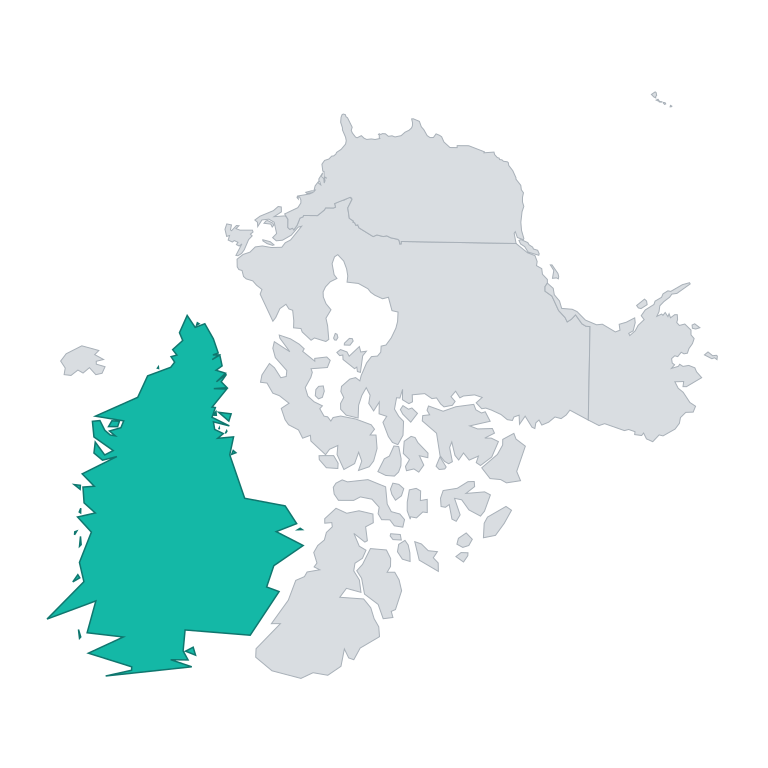 Greenland shown with its bordering countries, rotated 181°
{"feature_id": "GRL", "entity_name": "Greenland", "entity_type": "country or territory", "adm_level": 0, "iso_a3": "GRL", "parent_name": "North America", "parent_adm1": "", "projection": "mercator", "projection_center": [-41.68, 71.708], "detail": "medium", "context": "with_neighbors", "style": "filled", "palette": "teal", "viewbox_px": 768, "rotation_deg": 181, "n_neighbors": 3, "source": "natural_earth", "source_scale": "50m", "svg_char_len": 14175}
<svg xmlns="http://www.w3.org/2000/svg" viewBox="0 0 768 768"><g transform="rotate(181 384 384)"><path d="M254.4,526.8L242.8,517.7L235.3,515.0L233.0,509.1L233.6,505.0L228.3,502.1L227.5,496.5L222.5,491.4L222.4,487.7L224.7,484.2L224.6,479.6L217.6,474.8L210.7,460.5L204.1,453.6L201.9,449.3L197.8,452.0L193.7,456.5L187.1,447.6L183.1,445.3L179.0,445.0L179.1,351.5L197.7,361.1L201.3,356.2L206.3,352.5L212.5,354.0L218.7,348.7L225.5,345.7L228.4,350.7L231.5,347.9L232.4,342.1L235.3,343.4L242.3,354.3L247.8,346.1L248.4,355.2L253.5,353.3L255.0,349.8L260.1,350.5L266.4,355.5L276.1,359.8L281.8,361.7L285.9,361.0L291.5,366.8L285.6,372.3L293.2,374.7L304.4,373.4L307.9,371.5L312.3,378.0L316.8,372.5L312.6,367.8L315.3,363.9L323.6,362.2L327.0,365.0L331.2,371.0L335.8,370.2L343.1,375.1L355.6,373.7L355.2,366.7L358.8,364.8L365.3,368.6L365.3,379.0L367.9,370.2L371.2,370.5L373.1,359.1L368.7,351.9L363.8,347.0L364.1,333.1L369.1,323.6L374.5,325.7L378.7,331.5L384.4,345.7L380.7,351.7L388.4,354.1L388.4,365.9L393.9,356.9L398.9,364.3L397.7,372.6L401.7,380.0L406.0,372.1L409.0,362.4L409.3,349.5L421.3,352.2L426.9,358.0L427.1,363.8L424.0,369.8L427.0,375.7L426.4,380.9L418.3,388.3L412.5,389.9L408.2,386.7L407.0,391.9L401.8,404.7L397.0,411.2L391.0,411.8L387.8,415.8L387.5,421.8L382.7,423.0L377.6,430.2L373.1,440.0L371.5,446.7L371.2,456.2L377.3,457.5L381.1,470.8L386.9,469.2L394.7,472.6L398.8,475.4L401.8,479.0L411.4,484.1L422.7,485.2L422.1,491.4L423.4,498.5L426.4,506.2L432.5,512.5L435.7,510.3L438.0,503.4L435.8,492.4L432.9,488.7L439.5,485.3L444.2,480.1L446.5,475.0L446.2,469.9L443.4,463.3L438.3,457.3L443.2,448.8L441.4,441.2L440.0,427.6L442.9,425.5L454.3,428.8L457.7,426.5L466.7,434.6L468.0,438.0L475.4,438.6L475.3,445.7L476.6,456.1L480.4,457.4L483.4,462.0L489.4,457.6L493.4,448.6L496.2,444.8L509.4,471.7L507.7,476.4L513.2,480.6L517.0,484.8L523.6,486.7L526.3,489.0L527.9,495.0L531.1,495.9L532.8,498.5L533.1,506.2L527.1,511.1L520.3,513.5L515.1,518.8L508.0,519.9L499.2,518.5L488.6,518.9L485.2,523.5L479.9,526.4L469.1,540.3L472.6,539.3L479.3,531.2L488.0,526.0L494.2,525.3L497.9,528.4L494.0,532.6L496.6,543.8L502.0,546.8L508.9,545.9L513.0,539.2L513.3,543.5L516.0,545.7L510.9,549.6L497.6,555.4L492.9,559.6L489.8,559.2L489.6,554.3L496.8,549.4L485.6,550.4L482.9,547.0L482.9,538.8L481.0,537.0L478.2,538.1L476.8,536.5L473.7,541.1L470.9,548.4L467.9,549.7L467.4,551.1L453.5,551.2L446.7,556.9L445.4,559.1L437.5,559.1L435.6,560.0L436.6,563.5L431.2,566.3L426.9,567.2L422.1,570.1L419.1,568.5L423.3,559.4L421.6,549.1L417.3,546.3L417.8,545.3L416.0,544.5L415.0,542.2L413.1,542.6L413.3,542.0L412.3,541.4L411.9,539.8L397.4,531.2L393.7,532.9L387.2,531.4L383.9,532.2L379.8,530.3L372.7,528.9L371.4,527.8L370.7,524.3L369.3,524.4L369.3,526.8L254.4,526.8ZM415.6,426.4L418.7,422.2L424.4,422.3L424.3,424.1L419.4,429.0L416.5,428.8L415.6,426.4ZM433.1,311.5L428.5,304.0L428.7,298.7L440.2,299.3L447.4,307.3L447.7,311.2L433.1,311.5ZM430.9,429.7L432.5,427.0L434.2,427.2L435.2,429.0L433.6,433.7L431.8,432.9L430.9,429.7ZM375.7,278.9L373.4,285.0L367.4,283.9L362.4,279.7L364.6,272.5L370.5,268.0L374.2,273.8L375.7,278.9ZM374.7,234.4L365.1,233.8L364.0,228.3L372.3,228.6L375.2,232.2L374.7,234.4ZM362.6,209.2L367.6,216.5L366.5,223.9L360.3,228.0L357.0,223.4L355.2,215.7L354.8,207.0L362.6,209.2ZM398.4,288.1L380.6,281.2L378.7,264.0L374.5,256.5L365.9,254.3L361.1,248.8L362.7,241.2L371.2,242.4L375.8,248.3L384.0,248.3L387.6,254.2L386.7,260.7L394.0,268.6L405.7,270.7L412.3,267.1L427.5,266.9L431.9,273.1L432.9,279.8L430.3,284.0L424.1,287.4L418.8,285.5L398.4,288.1ZM302.4,222.0L308.3,225.1L306.9,231.0L299.2,236.5L293.0,230.3L296.4,224.0L302.4,222.0ZM301.4,207.4L309.1,212.7L304.0,216.8L297.1,216.7L297.2,213.8L301.4,207.4ZM534.3,510.0L528.5,521.6L531.2,519.4L534.0,520.8L532.5,523.1L536.2,524.8L538.1,523.3L542.3,525.2L541.0,529.8L543.9,528.8L545.7,535.9L544.0,541.3L539.3,540.4L540.2,535.4L539.1,534.6L534.3,539.9L531.8,539.7L534.7,536.8L530.7,535.3L518.2,535.5L517.6,533.7L520.2,531.5L518.4,529.8L521.9,526.0L526.1,515.7L528.7,512.0L532.3,509.7L534.3,510.0ZM413.7,398.8L425.4,407.8L425.7,412.3L428.8,411.6L431.7,414.7L428.1,417.7L421.6,415.4L419.3,411.2L409.3,421.0L407.8,415.6L402.2,416.5L405.8,411.8L407.8,395.2L410.8,396.0L411.5,400.4L413.7,398.8ZM437.3,317.8L441.2,312.3L456.1,325.7L456.7,331.4L464.4,328.4L468.7,336.6L478.7,341.6L482.3,346.6L486.3,357.8L478.6,363.1L488.4,370.5L495.0,372.9L501.0,382.9L507.5,383.6L506.2,390.9L498.9,402.5L493.8,398.3L487.3,388.5L481.9,389.8L481.4,395.7L493.1,408.5L495.8,417.8L494.4,424.4L478.7,414.6L488.9,428.0L489.6,431.1L478.3,427.5L469.4,422.3L464.4,417.8L465.9,415.2L453.6,405.6L453.7,408.4L441.7,410.0L438.2,406.7L440.9,399.5L457.2,398.0L455.9,394.4L457.3,389.3L462.7,379.1L459.9,370.5L453.6,365.0L445.2,361.1L447.8,358.2L443.4,350.8L439.8,350.2L436.5,346.0L434.3,349.6L426.8,351.2L411.7,348.5L396.1,343.0L392.7,338.6L397.0,332.8L391.1,332.8L389.8,319.4L393.0,306.9L397.3,301.0L408.0,297.1L404.9,306.5L408.2,315.3L412.0,303.9L422.6,297.8L429.7,312.7L429.1,321.7L437.3,317.8ZM372.0,292.1L380.6,292.6L388.6,296.3L382.4,309.2L377.4,312.0L373.0,322.2L368.2,321.7L365.6,309.6L365.7,302.5L367.9,296.2L372.0,292.1ZM254.3,260.0L261.4,246.7L269.9,234.6L281.9,232.0L281.4,246.5L278.2,252.7L259.9,263.7L254.3,260.0ZM213.4,493.1L217.4,492.6L216.2,500.5L219.8,506.0L218.1,506.0L212.0,497.5L211.2,494.5L211.5,492.2L213.4,493.1ZM326.4,197.6L345.7,208.5L350.5,226.9L343.8,224.7L336.9,218.1L327.7,217.3L331.7,211.1L326.7,206.0L326.4,197.6ZM251.6,529.9L249.5,530.8L242.7,527.9L241.4,525.7L237.7,523.4L237.0,521.6L232.7,520.4L231.1,516.9L231.5,515.4L242.3,518.5L245.7,523.8L249.9,526.4L251.6,529.9ZM259.8,287.3L265.7,290.5L276.3,291.3L284.8,301.9L269.4,315.5L264.3,325.0L264.3,330.7L253.3,336.9L251.1,331.3L241.6,324.3L249.8,298.9L245.8,289.7L259.8,287.3ZM316.7,264.6L320.4,261.8L324.8,262.5L325.5,270.8L323.0,278.5L308.9,281.0L298.4,287.8L292.1,288.1L291.6,283.0L300.2,276.0L281.5,277.9L275.7,275.0L281.3,258.6L285.2,253.6L296.9,259.6L304.3,269.6L311.5,270.9L305.6,254.5L309.4,248.0L313.7,250.1L316.7,264.6ZM322.1,307.7L326.7,313.3L330.6,335.7L345.1,347.8L344.7,353.1L337.8,354.0L340.5,358.5L339.1,362.8L324.4,357.8L311.8,362.5L293.9,365.2L291.7,359.8L286.0,356.7L282.3,358.0L277.2,348.6L297.6,343.6L289.6,340.7L274.9,341.4L272.7,336.8L282.3,331.7L275.9,331.8L268.6,328.4L275.0,312.9L286.1,304.2L290.4,307.0L288.3,313.6L297.5,309.4L303.3,316.4L308.0,309.3L311.8,313.9L315.2,327.2L317.3,321.7L314.3,307.5L318.0,305.4L322.1,307.7ZM347.4,312.9L342.8,303.6L347.7,296.5L352.6,299.6L360.0,297.7L361.1,302.0L357.2,308.9L363.5,314.9L362.8,327.1L356.0,332.1L352.0,331.0L349.1,326.0L338.8,315.6L338.9,311.1L347.4,312.9ZM321.8,300.1L327.3,299.5L330.5,302.7L326.8,312.1L320.4,302.1L321.8,300.1ZM355.4,249.3L358.6,257.6L358.7,266.4L356.8,278.6L350.0,280.2L345.5,277.7L345.6,268.1L338.8,269.4L338.5,256.2L343.0,256.7L349.2,250.7L355.1,251.7L355.4,249.3ZM362.8,177.6L368.6,158.7L372.8,156.8L371.0,150.7L380.7,149.3L386.0,163.5L399.8,173.6L403.0,189.4L408.0,196.8L402.3,203.3L394.7,219.2L378.7,218.1L374.3,209.6L374.3,201.7L377.6,195.8L370.0,196.0L365.5,188.4L362.8,177.6ZM384.1,131.3L403.2,119.6L409.4,107.8L414.5,109.5L419.0,118.4L422.1,101.0L435.1,91.8L449.9,94.1L461.9,88.2L491.0,95.3L507.5,108.6L507.3,117.1L483.4,142.6L492.4,142.4L475.9,166.2L468.8,186.1L460.2,190.0L457.6,194.7L445.0,197.1L450.7,199.9L447.9,203.8L451.3,214.3L447.4,221.4L440.9,227.0L439.0,234.6L433.2,240.3L433.8,244.5L440.8,243.8L440.9,248.3L429.8,258.9L419.0,254.1L406.8,256.8L392.8,253.8L392.3,245.1L399.9,240.9L397.9,227.0L400.4,225.6L411.5,234.1L405.9,221.4L399.1,217.5L402.5,209.4L409.9,204.3L411.0,196.6L405.2,187.6L403.4,175.3L418.0,179.0L424.5,170.0L400.6,168.7L393.3,160.0L389.8,149.2L385.0,141.1L384.1,131.3ZM452.0,377.3L449.3,380.5L444.7,381.0L443.6,375.8L445.4,369.6L449.2,368.0L452.5,371.1L452.0,377.3ZM364.7,354.2L367.2,358.7L364.7,362.7L359.1,359.2L355.7,360.5L350.0,355.2L356.6,346.3L364.7,354.2ZM496.4,521.2L497.9,520.7L503.3,522.3L507.6,525.0L507.7,526.1L500.3,524.3L496.4,521.2ZM498.5,539.0L500.0,541.9L506.8,542.6L504.8,545.0L503.3,545.4L498.0,542.9L497.0,540.9L498.5,539.0Z" fill="#d9dde1" stroke="#a8b0b8" stroke-width="1"/><path d="M254.4,526.8L369.3,526.8L369.3,524.4L370.7,524.3L371.4,527.8L372.7,528.9L379.8,530.3L383.9,532.2L387.2,531.4L393.7,532.9L397.4,531.2L411.9,539.8L412.3,541.4L413.3,542.0L413.1,542.6L415.0,542.2L416.0,544.5L417.8,545.3L417.3,546.3L421.6,549.1L423.3,559.4L419.2,567.9L419.6,569.3L421.0,570.1L436.6,563.5L435.6,560.0L437.5,559.1L445.4,559.1L446.7,556.9L453.5,551.2L467.4,551.1L467.9,549.7L470.9,548.4L473.7,541.1L476.8,536.5L478.2,538.1L481.0,537.0L482.9,538.8L482.9,547.0L486.3,552.3L473.2,558.8L470.3,563.5L470.3,566.5L471.6,569.4L473.4,569.6L472.9,567.5L474.2,568.8L473.8,570.4L461.7,572.7L458.3,574.3L464.4,573.2L465.6,574.3L459.8,575.9L457.2,575.9L457.3,575.2L456.0,576.8L457.2,577.0L456.3,580.9L453.3,585.0L453.0,583.7L450.7,582.0L451.6,584.9L452.6,585.9L452.7,587.9L449.0,594.1L449.9,590.3L447.8,588.3L447.3,583.9L446.5,586.2L447.4,589.6L444.7,588.7L447.5,590.4L447.7,595.4L448.9,595.8L449.9,602.7L447.3,606.5L443.0,608.0L440.3,610.9L438.2,611.2L436.1,613.1L435.5,614.7L430.9,617.9L426.6,623.2L426.0,626.6L426.7,630.0L430.0,637.4L430.0,639.4L431.9,644.9L431.6,649.8L430.6,652.6L429.4,653.2L427.3,652.6L426.7,650.6L425.1,649.5L420.3,640.2L421.2,637.0L420.0,634.4L416.8,630.4L415.2,629.7L411.0,631.9L408.2,629.4L405.6,628.2L400.9,628.8L397.2,628.3L392.4,629.4L393.1,630.6L393.0,632.6L393.9,633.5L393.1,634.1L391.6,633.4L390.0,634.3L387.0,634.2L383.9,631.7L380.3,632.3L377.3,631.2L371.2,632.6L367.4,636.1L363.3,638.2L361.0,640.4L360.1,642.5L360.0,645.7L361.0,649.5L359.4,649.7L353.2,647.2L351.2,641.8L348.7,639.1L345.2,633.1L342.3,631.2L338.9,631.3L336.3,635.0L332.8,633.6L330.7,632.2L328.3,627.0L322.2,621.6L315.0,621.6L315.0,623.6L303.4,623.7L287.7,617.9L288.1,616.9L278.1,617.8L277.4,615.3L274.7,612.4L272.8,611.8L272.3,610.4L270.0,610.2L268.5,608.8L264.6,608.3L263.6,607.5L263.1,604.7L259.0,599.6L255.6,592.4L255.7,591.2L250.7,585.0L250.1,580.6L247.9,577.6L248.8,573.1L248.7,568.3L247.3,564.0L249.0,558.7L250.0,548.1L249.2,540.0L246.7,531.9L247.2,530.7L253.2,532.8L255.4,538.6L256.5,537.0L254.4,526.8ZM179.1,351.5L179.0,445.0L183.1,445.3L187.1,447.6L193.7,456.5L197.8,452.0L201.9,449.3L204.1,453.6L210.7,460.5L217.6,474.8L224.6,479.6L224.7,484.2L222.4,487.7L216.5,482.6L215.3,476.2L210.0,470.1L207.7,462.7L197.1,462.0L192.3,459.8L183.7,451.4L172.5,446.9L166.7,447.6L153.6,440.1L149.0,441.9L149.9,447.8L142.8,450.0L134.5,454.5L133.9,449.7L135.8,441.5L140.2,438.9L139.1,436.7L133.8,441.5L130.9,447.1L125.0,452.9L128.0,456.8L124.1,462.6L115.5,468.2L114.4,471.6L108.0,475.5L106.6,479.0L101.8,482.1L98.9,481.6L87.4,488.5L80.3,490.6L79.6,489.4L92.7,479.7L97.8,478.9L99.9,475.8L105.6,471.3L109.6,467.0L110.3,461.1L112.4,456.4L107.6,458.8L106.3,457.5L104.1,460.4L101.3,456.3L100.2,459.2L98.7,455.2L94.5,458.4L92.0,458.4L91.6,453.6L92.4,450.6L89.7,447.7L84.3,449.2L78.0,443.3L77.9,438.5L74.7,434.8L76.3,429.8L79.7,424.8L81.2,420.1L84.6,419.4L87.4,420.9L90.8,416.5L93.8,417.3L96.9,414.4L96.2,410.0L93.8,408.3L96.9,404.6L90.0,406.8L88.7,408.9L85.4,406.8L79.6,407.9L73.5,405.6L71.7,401.6L66.5,395.9L81.6,386.6L85.0,386.6L84.4,391.7L93.2,391.3L89.8,384.9L84.7,380.9L77.8,370.8L72.1,367.2L74.4,361.3L81.8,360.9L87.0,355.6L88.0,349.8L92.2,344.0L104.1,337.0L108.0,337.9L114.3,331.0L120.6,333.7L123.6,339.5L125.5,337.0L132.5,337.8L132.2,340.7L138.6,342.8L142.8,341.6L162.7,348.2L168.3,346.2L179.1,351.5ZM51.5,414.2L54.0,416.0L56.6,415.0L64.1,418.7L60.6,421.7L55.9,418.0L52.2,418.5L51.2,417.7L51.5,414.2ZM119.2,675.7L121.7,678.2L118.0,680.8L117.0,680.1L116.4,677.3L117.4,676.1L117.3,674.8L119.2,675.7ZM116.8,672.6L115.0,673.5L113.8,671.9L114.2,671.5L116.8,672.6ZM113.6,670.8L113.5,671.3L111.2,671.1L111.6,670.6L113.6,670.8ZM108.3,668.4L109.9,670.1L109.7,670.4L107.9,670.2L107.2,669.0L108.3,668.4ZM102.8,666.1L102.4,667.6L101.0,666.8L101.8,666.1L102.8,666.1ZM73.3,444.4L76.6,445.1L77.0,448.3L74.4,449.6L69.2,445.8L73.3,444.4ZM128.3,463.9L131.0,464.5L132.8,466.9L125.0,473.4L122.9,471.5L122.3,467.9L128.3,463.9Z" fill="#d9dde1" stroke="#a8b0b8" stroke-width="1"/><path d="M704.0,387.8L703.0,394.4L707.7,401.3L702.3,408.7L686.8,416.9L669.7,412.5L673.8,408.3L664.8,403.6L672.1,401.7L672.0,398.8L663.2,396.4L666.1,389.8L672.3,388.3L678.8,395.2L685.1,389.7L690.3,392.6L697.1,387.1L704.0,387.8Z" fill="#d9dde1" stroke="#a8b0b8" stroke-width="1"/><path d="M571.3,97.9L657.2,87.2L631.4,93.4L631.3,96.8L674.9,109.7L640.2,126.5L676.5,130.1L668.3,162.1L716.8,143.1L680.6,181.1L685.4,200.3L674.0,230.8L688.1,245.7L670.4,250.0L681.8,259.9L683.2,275.7L671.9,276.7L684.2,288.9L649.8,306.8L664.1,302.9L672.8,309.9L671.7,320.9L662.0,308.2L653.6,312.7L673.1,326.0L674.9,341.6L667.4,342.5L662.3,332.8L656.8,328.2L651.8,327.5L657.7,332.2L646.3,335.7L643.6,342.6L672.0,346.8L630.0,366.4L620.5,388.0L597.5,397.0L593.7,402.2L597.4,407.6L591.6,409.3L595.9,414.7L586.0,424.0L589.4,431.7L582.0,449.1L573.8,437.3L564.2,441.1L555.4,426.2L550.3,412.1L555.6,410.1L549.6,410.2L556.2,405.4L548.7,410.1L546.2,399.3L552.2,394.8L542.6,392.0L551.6,383.3L541.7,390.9L546.8,383.4L540.9,377.6L554.1,376.4L541.2,376.2L555.5,357.9L552.2,357.5L555.4,347.7L537.9,339.4L553.9,343.2L552.5,335.6L543.8,331.6L549.3,326.8L533.5,328.5L537.0,310.5L521.3,267.3L480.7,260.4L468.9,242.9L489.2,234.5L462.0,221.1L491.0,200.4L497.8,179.0L485.3,174.6L513.4,130.5L578.6,134.6L580.2,113.6L575.1,104.7L592.5,104.6L571.3,97.9ZM538.5,344.2L548.8,352.8L536.3,351.5L538.5,344.2ZM658.7,336.6L655.4,342.5L647.9,342.1L649.6,336.7L658.7,336.6ZM577.8,113.4L570.2,117.5L567.7,109.6L577.8,113.4ZM691.7,180.7L686.8,188.0L684.8,184.9L691.7,180.7ZM686.0,273.4L692.0,278.0L685.8,277.4L686.0,273.4ZM686.5,250.7L685.0,254.5L685.1,249.8L686.5,250.7ZM535.1,311.0L533.6,314.9L530.9,312.7L535.1,311.0ZM684.0,124.4L685.2,133.2L682.8,125.8L684.0,124.4ZM553.9,349.9L551.6,353.4L551.1,349.8L553.9,349.9ZM685.6,216.4L684.8,226.3L684.0,218.1L685.6,216.4ZM467.7,236.8L465.3,238.3L463.3,237.0L467.7,236.8ZM541.8,331.8L540.5,334.5L540.3,334.0L541.8,331.8ZM690.6,230.8L688.6,231.6L690.8,227.8L690.6,230.8ZM572.4,439.6L571.7,442.0L570.0,441.0L572.4,439.6ZM548.5,335.9L547.9,337.3L547.8,336.8L548.5,335.9ZM610.8,395.9L609.9,397.2L609.7,395.6L610.8,395.9Z" fill="#14b8a6" stroke="#0f766e" stroke-width="1.5"/></g></svg>